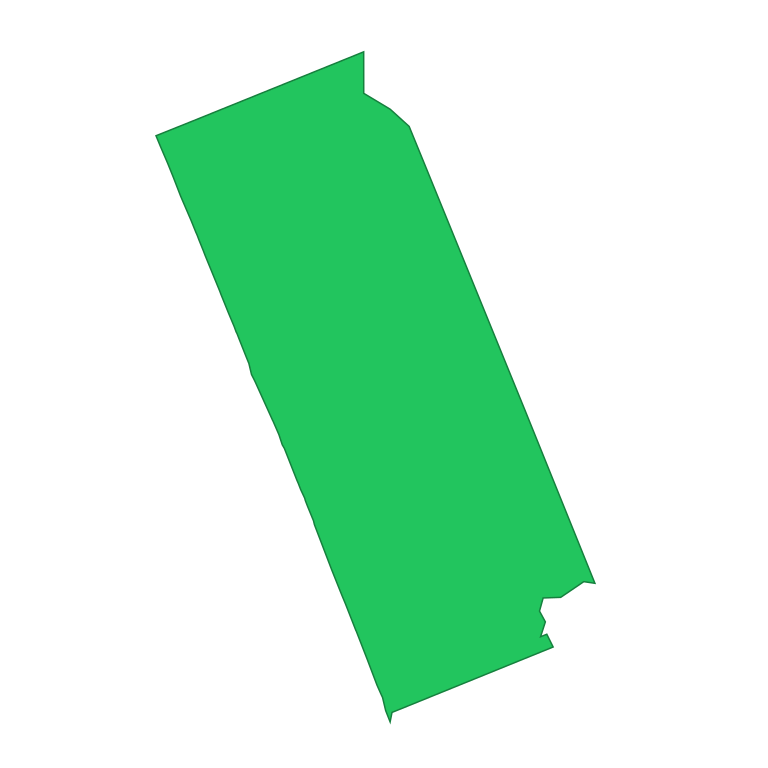 outline of Escambia, Alabama, United States of America, rotated 68°
{"feature_id": "52423323B39779994842487", "entity_name": "Escambia", "entity_type": "district", "adm_level": 2, "iso_a3": "USA", "parent_name": "United States of America", "parent_adm1": "Alabama", "projection": "equal_earth", "projection_center": [-87.161, 31.128], "detail": "fine", "context": "isolated", "style": "filled", "palette": "green", "viewbox_px": 768, "rotation_deg": 68, "n_neighbors": 0, "source": "geoboundaries", "source_scale": "gbopen_adm2", "svg_char_len": 1101}
<svg xmlns="http://www.w3.org/2000/svg" viewBox="0 0 768 768"><g transform="rotate(68 384 384)"><path d="M376.0,500.9L376.7,500.8L391.5,500.4L402.3,501.1L406.4,500.5L440.6,500.8L443.8,500.7L450.8,500.8L460.2,500.3L462.6,500.6L468.9,500.7L484.4,500.6L488.4,501.2L536.5,502.1L563.5,502.2L573.8,502.1L601.8,502.4L602.8,502.3L633.1,502.7L633.3,502.7L660.8,503.3L672.3,502.9L673.0,502.8L674.3,502.8L687.4,504.8L699.6,504.9L691.5,499.6L691.2,325.7L677.0,326.8L677.0,333.5L665.0,323.5L652.8,324.9L642.0,316.6L648.0,300.1L642.1,272.8L647.8,263.1L462.5,263.1L196.6,264.0L154.6,264.2L131.6,275.3L106.9,293.9L68.4,278.4L68.5,462.8L68.4,502.4L79.7,502.3L98.4,501.9L113.9,501.9L133.7,502.2L160.4,501.6L160.8,501.6L161.5,501.6L169.5,501.6L173.0,501.6L175.1,501.5L177.1,501.5L181.1,501.6L193.1,501.6L197.5,501.7L236.9,501.5L239.5,501.6L245.2,501.6L260.0,501.6L274.8,501.4L280.4,501.6L282.1,501.4L289.3,501.5L290.7,501.5L306.6,501.6L310.0,501.6L310.6,501.6L311.8,501.6L312.4,501.6L313.4,501.6L313.8,501.5L325.6,503.3L331.1,502.8L334.4,502.6L376.0,500.9Z" fill="#22c55e" stroke="#15803d" stroke-width="1.5"/></g></svg>